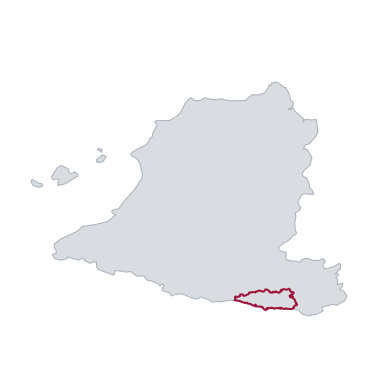 Asturias highlighted on a map of Spain, rotated 184°
{"feature_id": "ESP-5805", "entity_name": "Asturias", "entity_type": "Autonomous Community", "adm_level": 1, "iso_a3": "ESP", "parent_name": "Spain", "parent_adm1": "", "projection": "natural_earth1", "projection_center": [-6.051, 43.278], "detail": "fine", "context": "in_parent", "style": "outline", "palette": "rose", "viewbox_px": 384, "rotation_deg": 184, "n_neighbors": 0, "source": "natural_earth", "source_scale": "10m", "svg_char_len": 7433}
<svg xmlns="http://www.w3.org/2000/svg" viewBox="0 0 384 384"><g transform="rotate(184 192 192)"><path d="M205.7,86.9L205.8,88.0L207.7,89.9L213.4,91.1L214.8,91.9L214.6,94.6L213.3,96.9L214.5,97.9L215.9,97.9L217.5,96.0L217.9,97.2L220.5,98.4L226.2,100.5L230.3,100.8L234.5,105.0L241.3,104.2L247.4,108.3L253.1,107.4L254.4,108.1L263.3,108.2L263.7,105.0L264.7,103.6L280.2,108.2L282.2,111.0L281.9,112.4L282.8,115.7L284.8,115.6L288.8,113.8L294.1,116.1L295.5,118.1L296.6,118.2L300.5,116.2L311.3,118.6L311.7,117.1L312.4,116.6L316.8,115.2L318.7,114.9L324.4,115.9L325.1,117.8L326.3,118.5L326.8,120.2L323.5,121.1L323.2,123.9L325.4,126.3L325.8,130.4L320.2,135.7L304.0,144.7L298.8,150.0L286.6,152.7L274.0,156.7L266.6,163.9L268.6,164.4L270.9,166.9L270.2,168.0L266.9,169.6L264.0,170.1L258.6,178.9L251.2,188.0L248.5,192.2L242.6,202.8L242.7,205.9L245.8,216.5L247.6,219.3L250.0,221.7L254.6,223.7L255.8,225.6L254.3,227.5L249.8,230.8L242.0,235.3L238.7,238.9L238.0,242.3L235.7,243.8L235.0,248.6L231.9,255.3L231.7,257.0L234.2,259.4L231.8,261.0L219.6,261.5L212.2,266.8L208.4,271.4L205.1,280.0L201.0,285.1L199.2,286.0L196.3,283.8L192.7,283.5L189.3,284.2L187.5,286.0L184.7,287.0L181.9,286.1L175.9,285.7L173.3,285.7L169.1,287.2L165.5,286.2L159.5,285.7L146.5,286.9L144.8,287.4L139.1,293.2L132.7,293.4L127.0,295.7L123.2,301.4L122.4,304.4L121.3,303.7L120.4,303.9L120.0,306.2L116.0,307.7L111.6,305.8L107.9,303.0L106.0,302.8L102.8,298.4L101.5,295.6L100.5,292.6L100.4,290.5L97.6,289.3L97.0,286.5L99.0,283.0L101.7,281.0L99.2,281.1L97.4,283.5L95.0,279.8L85.6,272.6L86.1,270.0L84.5,271.9L83.4,272.4L78.6,272.1L73.0,273.0L70.7,260.8L72.1,256.5L78.4,248.2L82.3,247.0L83.9,242.7L80.3,242.9L74.7,234.7L76.2,227.0L81.8,221.2L82.8,218.8L83.0,216.7L81.9,215.2L78.8,214.3L75.7,208.3L75.0,204.5L72.4,202.3L70.2,198.6L72.2,198.0L80.2,198.0L82.1,197.0L83.6,194.5L85.2,190.3L85.5,187.8L82.4,184.2L82.3,183.4L82.7,182.2L87.6,178.2L86.6,175.2L87.4,168.9L87.0,165.2L86.5,162.2L84.8,158.3L85.9,156.7L88.5,155.4L90.5,152.2L93.5,149.5L97.3,147.4L101.9,142.7L101.1,140.6L99.6,139.4L94.1,138.5L93.7,137.6L93.7,132.5L92.3,130.5L90.3,130.7L87.2,129.8L86.4,130.4L82.5,130.2L79.8,129.3L78.6,130.1L78.3,131.9L73.7,133.7L71.1,133.7L66.8,132.1L62.0,132.6L61.4,132.2L57.3,134.3L55.9,134.4L54.2,131.9L56.5,128.2L54.6,124.8L53.3,124.7L45.7,127.2L41.2,130.5L39.4,130.9L38.8,130.4L38.6,125.6L43.3,120.6L40.4,120.3L40.5,118.8L42.4,116.5L40.5,114.8L40.6,109.7L36.4,111.3L35.3,111.1L35.3,109.1L37.9,105.0L35.2,104.5L33.2,103.0L30.7,99.7L30.7,98.0L32.1,93.9L35.8,91.9L39.3,89.1L44.2,89.6L51.5,87.2L54.1,86.0L54.0,84.3L53.1,83.0L53.9,81.8L59.9,78.4L63.4,78.0L67.1,76.3L69.5,77.4L71.6,77.1L74.1,78.4L77.3,81.4L82.0,82.6L85.8,81.6L105.0,81.4L110.5,79.9L114.7,81.7L123.0,82.6L127.9,84.1L141.6,86.7L146.6,86.7L156.5,84.2L159.2,84.8L163.2,83.6L165.1,83.8L167.6,85.6L176.3,88.0L178.6,86.0L180.3,85.5L186.6,86.8L193.0,89.3L196.3,89.5L201.1,88.8L205.7,86.9ZM325.5,194.7L327.8,195.7L330.2,194.8L331.5,195.1L332.8,195.6L333.1,197.5L328.2,206.8L324.2,209.4L320.0,207.4L317.6,206.9L316.8,206.1L316.2,203.1L315.1,202.2L313.5,201.7L310.3,204.1L309.3,202.5L307.7,202.2L307.1,201.3L307.1,200.0L316.8,192.8L319.6,191.2L325.6,189.3L326.5,189.6L325.8,190.7L326.6,191.8L325.5,194.7ZM353.3,190.9L352.4,193.5L345.0,190.1L342.5,189.7L341.9,189.2L342.1,186.6L347.0,186.2L351.0,187.5L353.3,190.9ZM285.5,220.8L284.7,222.7L281.0,222.0L280.2,221.3L280.9,219.2L282.0,218.9L282.0,217.5L283.1,216.0L288.2,214.8L289.4,215.8L289.7,217.2L286.7,220.4L285.5,220.8ZM289.3,228.2L288.7,228.6L284.8,228.3L284.6,227.0L285.4,225.3L286.9,227.0L289.2,227.3L289.3,228.2Z" fill="#d9dde1" stroke="#a8b0b8" stroke-width="1"/><path d="M82.3,84.7L82.4,84.8L82.5,84.8L82.6,84.3L82.7,83.8L82.9,83.4L83.2,83.2L83.4,82.5L84.7,82.2L87.0,82.1L87.4,82.2L88.8,82.1L89.8,82.4L90.4,82.5L91.7,81.8L92.9,81.9L94.1,82.3L94.9,82.8L95.2,82.6L95.4,82.5L96.0,82.5L96.0,82.4L95.9,82.1L95.9,81.9L96.2,82.0L96.8,82.3L97.1,82.4L98.3,82.1L99.5,82.1L99.9,82.1L100.5,81.8L101.0,81.7L101.4,81.4L101.7,81.3L102.4,81.8L102.7,81.9L104.5,82.1L104.9,81.9L105.3,82.1L105.6,82.0L106.0,81.7L106.3,81.5L109.1,81.5L109.2,81.3L109.0,81.1L108.9,80.8L109.2,80.5L109.2,80.4L109.1,80.2L109.8,80.1L110.1,80.0L110.2,79.6L110.4,79.3L110.7,79.4L111.5,79.7L112.0,80.1L113.3,81.5L113.7,82.1L113.9,82.1L114.0,81.7L114.2,81.8L114.5,82.4L115.7,82.5L120.4,82.4L121.1,82.5L121.2,82.9L120.9,83.4L120.5,83.8L120.7,84.0L120.9,83.8L121.4,83.7L121.6,83.6L121.8,83.4L121.9,83.2L122.0,83.0L122.4,83.0L123.3,83.1L123.7,83.2L125.4,84.2L126.2,84.5L128.2,84.6L128.8,84.7L129.1,85.1L129.3,84.9L131.0,85.4L131.5,85.1L131.8,85.0L132.0,85.1L132.6,85.3L134.2,85.7L136.2,86.5L136.6,86.6L141.8,87.1L141.8,87.6L141.6,88.0L141.4,88.5L141.3,88.9L141.4,89.0L141.7,89.5L141.7,89.9L141.7,90.2L141.6,90.5L141.3,90.8L141.1,90.8L141.0,90.7L140.8,90.4L140.7,90.3L140.2,90.2L139.8,90.2L139.4,90.4L139.3,90.6L139.1,90.7L139.0,90.8L138.8,90.9L138.3,91.0L138.1,91.0L137.9,90.9L137.6,90.9L137.4,91.0L137.1,91.2L137.0,91.3L136.9,91.5L137.0,91.9L136.9,92.1L136.9,92.4L136.9,92.6L136.8,92.8L136.7,93.2L136.5,93.3L136.3,93.3L135.8,93.2L135.6,93.3L135.4,93.3L134.7,93.4L134.4,93.4L133.7,92.4L133.3,92.0L133.0,92.0L132.8,91.9L132.6,92.0L131.3,92.6L131.0,92.9L130.2,93.3L129.4,93.5L129.0,93.7L128.7,93.9L128.5,94.3L128.4,94.5L128.2,95.2L128.0,95.5L127.7,95.8L127.4,95.8L127.1,95.8L126.9,95.6L126.7,95.7L125.5,96.2L123.2,96.5L121.9,96.3L121.6,96.4L121.4,96.5L121.3,97.1L121.1,97.3L120.8,97.4L120.6,97.5L119.3,97.5L119.2,97.6L119.1,97.8L119.0,98.0L118.9,98.2L118.7,98.2L118.3,98.2L117.7,98.4L117.2,98.3L117.0,98.2L116.8,98.1L116.3,98.0L116.0,98.0L115.4,97.9L114.8,97.6L114.4,97.5L113.8,97.6L113.5,97.7L113.3,97.8L113.1,98.0L112.9,98.4L112.8,98.5L112.7,98.7L112.6,98.9L112.6,99.0L112.4,99.4L112.3,99.6L112.1,99.8L111.9,99.8L111.5,99.9L110.6,99.9L110.3,99.8L110.1,99.7L109.5,99.4L109.4,99.3L109.1,99.2L108.8,99.1L108.5,98.8L108.0,98.5L107.8,98.3L107.7,98.1L107.7,97.9L107.6,97.5L107.5,97.3L107.2,97.2L106.5,97.3L106.2,97.3L105.0,97.1L104.8,97.2L104.8,97.3L104.7,97.5L104.7,97.8L104.5,98.0L104.0,98.2L103.7,98.2L103.4,98.1L102.8,97.9L102.2,97.8L101.9,97.9L101.7,98.0L101.7,98.4L101.6,98.6L101.4,98.6L100.9,98.5L99.9,98.0L99.6,98.0L99.1,97.9L98.9,97.7L98.7,97.6L98.3,97.5L97.7,97.8L97.5,98.0L97.4,98.2L97.3,98.4L97.2,98.5L97.1,98.9L97.0,99.0L96.9,99.1L96.4,99.2L95.7,99.3L95.6,99.5L95.9,99.8L96.3,100.0L96.4,100.3L96.3,100.5L95.1,101.1L94.8,101.1L93.9,101.5L93.7,101.5L92.6,101.4L92.4,101.3L92.2,101.2L91.9,101.2L90.8,101.2L90.4,101.3L90.0,101.4L89.7,101.5L89.4,101.9L89.2,102.1L88.9,102.2L88.7,102.2L88.6,101.9L88.2,101.7L87.4,101.6L87.3,100.4L87.2,100.1L87.0,99.9L86.4,99.4L86.2,99.3L85.8,99.3L85.6,99.3L85.4,99.2L85.2,99.0L85.1,98.9L84.7,98.3L84.4,98.9L84.4,99.0L84.1,99.2L83.9,99.1L83.8,98.8L83.6,98.4L83.7,98.1L83.8,97.9L84.0,97.9L84.3,97.5L84.4,97.3L84.5,97.1L84.6,96.9L84.7,96.7L84.8,96.7L85.2,96.6L85.4,96.6L86.3,96.3L86.5,96.2L87.3,95.5L87.4,95.2L87.3,94.9L87.0,94.3L86.7,94.0L86.5,93.8L86.3,93.8L86.2,94.0L86.1,94.3L85.9,94.5L85.5,94.7L85.1,94.9L84.7,95.1L84.3,94.9L84.2,94.7L84.0,94.3L84.0,94.0L84.2,93.6L84.2,93.4L84.2,93.2L83.9,93.1L83.5,92.9L83.2,92.6L82.9,92.5L82.4,92.1L82.2,92.0L82.0,91.8L81.9,91.4L81.7,90.2L81.4,89.9L81.2,89.9L80.8,89.5L80.7,89.3L80.5,89.0L80.5,88.7L80.4,88.4L80.5,88.2L80.4,88.0L80.3,87.8L80.2,87.7L79.8,87.7L79.5,87.6L79.4,87.4L79.4,86.6L79.5,86.4L79.9,86.2L80.2,86.2L80.4,86.3L80.6,86.3L80.8,86.3L80.9,86.2L81.2,86.0L81.5,85.5L82.2,84.9L82.3,84.8L82.3,84.7Z" fill="none" stroke="#9f1239" stroke-width="2"/></g></svg>